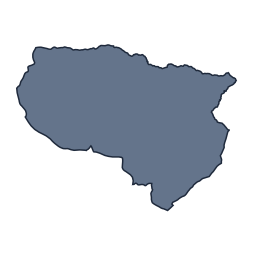 outline of Viracachá, Boyacá, Colombia, rotated 178°
{"feature_id": "7082276B30713394717050", "entity_name": "Viracachá", "entity_type": "district", "adm_level": 2, "iso_a3": "COL", "parent_name": "Colombia", "parent_adm1": "Boyacá", "projection": "orthographic", "projection_center": [-73.275, 5.447], "detail": "fine", "context": "isolated", "style": "filled", "palette": "slate", "viewbox_px": 256, "rotation_deg": 178, "n_neighbors": 0, "source": "geoboundaries", "source_scale": "gbopen_adm2", "svg_char_len": 5816}
<svg xmlns="http://www.w3.org/2000/svg" viewBox="0 0 256 256"><g transform="rotate(178 128 128)"><path d="M217.3,211.5L218.2,209.7L219.3,208.1L220.0,206.6L220.5,205.2L220.6,203.1L220.6,201.8L220.1,199.5L219.0,196.8L219.3,195.6L219.9,195.0L220.5,194.8L221.4,194.4L222.1,194.1L224.6,193.4L225.4,192.9L225.8,192.5L225.9,192.1L225.6,189.3L225.7,188.5L226.2,187.7L227.8,187.2L228.7,186.5L229.1,186.1L229.6,185.1L230.3,183.5L230.9,182.0L232.0,180.2L233.2,178.6L233.5,178.0L233.9,176.9L234.0,176.4L234.5,175.0L234.9,174.3L235.2,173.9L235.9,173.6L236.4,173.2L237.4,172.0L237.8,171.7L237.6,168.3L237.5,167.0L235.8,159.2L235.7,158.1L235.2,156.1L234.7,155.2L234.4,154.7L233.8,154.2L231.1,150.8L229.8,149.0L229.1,146.4L229.1,145.1L229.5,143.4L230.3,142.6L227.1,137.0L224.7,133.5L221.4,130.0L219.8,128.8L218.7,128.1L217.4,127.1L212.8,124.6L210.0,123.0L206.0,119.8L204.0,117.4L201.9,115.3L198.2,112.2L196.4,111.0L193.5,109.7L191.6,109.5L189.0,109.5L188.3,109.3L185.7,108.3L182.7,107.6L177.0,107.8L171.9,107.3L170.3,107.0L170.0,107.4L169.5,107.8L168.7,108.1L167.7,109.0L166.8,110.0L165.7,111.4L165.3,110.9L165.0,110.3L163.9,107.2L163.2,105.5L162.6,105.3L160.6,105.1L157.0,103.8L152.1,101.4L148.3,100.3L144.2,99.6L138.2,99.4L135.5,98.9L134.6,98.1L134.4,96.5L134.5,94.4L134.9,90.8L135.1,88.7L134.7,87.5L134.0,86.4L133.1,85.5L131.8,84.7L127.2,81.2L125.3,78.7L124.6,75.1L125.1,72.2L125.0,72.3L125.0,71.8L124.8,71.5L124.5,71.4L123.9,71.5L122.9,72.3L122.4,72.5L121.9,72.5L121.4,72.3L120.6,71.6L120.4,71.2L119.6,70.8L118.7,70.8L116.2,71.1L115.2,71.0L114.7,70.9L113.9,70.5L112.9,69.8L112.2,69.9L110.8,71.1L109.3,71.8L108.0,71.9L106.2,71.7L106.4,70.6L106.5,69.6L106.3,68.7L106.1,66.4L105.7,65.9L105.6,65.5L106.0,64.3L106.5,63.7L107.2,62.3L107.4,61.5L107.0,58.1L107.1,55.7L106.8,54.1L106.4,52.8L106.2,52.4L105.9,52.2L104.7,51.2L102.2,49.6L100.7,48.8L99.3,48.0L97.9,47.0L96.4,46.3L95.1,46.0L91.3,44.2L89.4,45.8L88.4,46.6L86.3,48.5L85.6,49.1L86.2,49.7L86.8,50.4L86.0,52.1L82.2,53.8L80.9,54.5L79.7,55.5L78.0,56.6L76.1,57.6L75.4,57.8L74.0,58.3L73.2,58.9L72.2,59.9L69.9,63.0L69.0,63.9L67.7,65.5L66.4,66.3L65.4,67.1L64.4,68.8L61.5,71.1L60.3,71.9L58.7,72.4L57.8,72.9L56.5,74.0L55.2,74.9L48.5,76.7L46.0,79.9L44.3,81.5L40.4,86.6L38.5,88.1L36.1,89.4L35.9,89.6L35.9,91.1L35.6,92.6L35.6,93.5L36.7,97.1L35.3,99.4L32.6,105.1L32.6,107.6L31.9,110.0L30.4,114.0L28.5,120.4L28.1,121.2L27.1,122.0L27.0,122.4L27.8,122.6L28.7,123.3L29.4,124.2L30.1,125.3L31.0,126.2L31.2,126.7L32.4,128.1L33.0,128.6L33.8,129.5L36.6,130.1L38.5,130.8L38.8,131.9L39.3,132.7L39.8,133.2L40.4,133.5L41.0,134.0L41.3,135.3L42.0,136.1L42.7,138.4L43.5,140.2L43.7,140.5L44.1,140.8L43.8,141.9L43.5,142.1L43.2,142.1L42.4,142.8L41.2,144.5L40.5,144.9L39.8,145.6L39.4,145.8L38.3,145.8L38.0,145.9L37.8,146.2L37.2,147.8L36.7,148.4L36.4,149.1L36.1,151.4L34.9,152.2L34.9,152.6L35.2,152.8L35.3,153.0L34.9,153.3L34.4,153.5L34.1,153.9L34.0,154.6L34.2,155.1L34.3,155.4L34.1,155.9L33.8,156.1L33.8,157.1L33.6,157.6L33.6,158.1L33.0,158.7L31.2,159.5L30.6,160.0L30.4,160.4L30.7,161.3L30.6,161.7L30.1,161.8L29.1,161.3L28.7,161.4L28.2,162.8L28.0,163.1L27.5,163.4L27.0,163.8L26.5,165.4L26.2,165.6L25.8,165.7L25.4,166.0L23.4,167.0L22.4,167.3L21.0,168.2L20.4,168.8L20.2,169.4L20.0,169.5L19.8,169.4L19.4,169.7L19.2,169.9L18.9,171.0L18.7,171.3L18.2,171.5L19.0,173.6L19.3,173.7L20.4,174.5L20.9,174.4L24.3,177.2L25.5,179.4L25.9,179.8L26.2,179.6L26.5,179.4L27.4,179.5L28.2,179.2L29.0,178.2L29.6,177.6L31.3,176.8L32.3,176.8L33.2,177.1L34.5,176.8L35.9,176.9L36.6,177.3L36.9,177.6L39.7,178.0L41.1,177.6L41.9,177.7L42.3,177.8L42.9,178.4L43.4,178.7L44.9,179.5L46.9,179.7L48.1,179.6L49.2,179.9L50.6,179.6L51.4,179.6L52.0,179.8L52.3,180.6L53.4,181.9L54.6,182.5L56.3,183.1L56.6,183.2L57.4,183.0L57.9,183.1L58.0,183.2L58.3,183.6L58.8,184.2L59.9,185.2L60.4,185.4L61.4,185.8L62.3,187.0L62.8,187.2L65.1,187.2L65.7,187.7L66.1,188.2L66.9,188.6L67.8,188.7L69.2,189.1L69.5,189.0L70.0,188.6L70.5,187.9L71.0,187.8L71.4,187.9L72.4,188.3L73.2,188.3L74.1,187.8L76.1,187.3L77.2,187.5L77.7,187.8L77.9,188.3L79.6,188.7L80.2,189.0L80.8,189.6L82.1,190.3L82.5,190.2L82.7,190.3L82.9,190.5L84.2,190.3L84.9,190.4L85.1,190.3L85.7,189.7L86.2,189.5L86.6,188.4L86.7,187.6L86.9,187.3L88.2,187.2L91.1,186.3L91.5,186.2L91.8,186.2L92.0,186.3L93.0,187.1L94.2,187.1L94.8,187.2L95.3,188.0L95.9,188.3L98.4,188.4L98.6,188.5L99.6,189.3L100.2,189.4L100.9,189.2L101.3,189.3L102.0,190.0L102.7,190.3L103.0,190.7L103.6,190.8L105.0,190.7L105.3,190.9L106.1,192.3L106.1,192.8L105.7,193.1L105.7,193.3L105.9,193.5L106.4,193.5L106.5,193.6L106.8,194.2L106.6,194.6L106.5,195.0L107.1,195.8L107.4,197.3L108.1,197.9L108.3,198.5L108.6,199.0L109.5,199.4L110.4,200.4L111.0,200.8L111.5,200.8L112.7,200.3L113.8,200.6L114.5,200.5L115.1,200.6L115.7,201.4L115.9,201.5L117.2,201.7L118.2,201.6L118.4,201.5L118.6,201.1L118.9,201.0L119.8,201.1L120.9,199.8L122.1,199.6L122.3,199.7L122.8,200.2L123.6,200.4L124.3,200.8L124.9,201.3L125.5,202.4L125.7,202.8L126.0,203.0L127.2,203.4L128.1,203.8L129.8,205.4L130.8,205.9L132.1,207.2L133.8,208.2L134.5,208.6L135.5,208.7L136.6,209.1L137.6,209.1L138.3,208.9L138.8,209.0L139.3,209.3L139.5,210.4L139.7,210.5L139.9,210.6L140.6,210.5L142.3,210.8L144.2,211.6L145.3,211.7L147.8,211.1L148.6,211.1L152.0,211.4L152.7,211.2L153.0,210.8L153.9,210.6L154.2,210.3L155.3,209.3L156.3,208.6L157.0,208.3L157.9,208.1L158.2,208.1L159.0,208.9L159.5,209.1L159.9,209.2L161.2,208.6L161.7,208.5L162.5,208.6L164.9,207.8L166.0,207.7L167.7,208.2L168.6,208.2L170.4,207.7L172.1,207.7L173.5,207.4L175.9,208.0L176.9,208.1L178.1,208.2L179.6,207.9L180.3,208.0L181.9,209.3L183.1,210.0L186.1,210.4L187.0,210.8L188.4,211.2L190.5,210.6L192.1,210.7L193.3,210.5L194.1,210.5L195.5,210.2L196.3,210.3L198.2,211.3L198.9,211.4L199.6,211.2L200.7,210.6L202.0,209.6L202.7,209.4L204.4,209.6L206.0,210.2L212.2,211.8L214.9,211.8L217.3,211.5Z" fill="#64748b" stroke="#1e293b" stroke-width="1.5"/></g></svg>